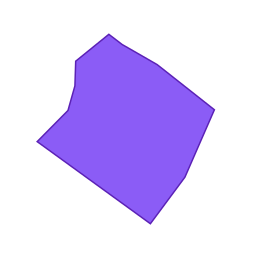 the Province of Al Farwaniyah, rotated 46°
{"feature_id": "KWT-1664", "entity_name": "Al Farwaniyah", "entity_type": "Province", "adm_level": 1, "iso_a3": "KWT", "parent_name": "Kuwait", "parent_adm1": "", "projection": "robinson", "projection_center": [47.917, 29.258], "detail": "fine", "context": "isolated", "style": "filled", "palette": "violet", "viewbox_px": 256, "rotation_deg": 46, "n_neighbors": 0, "source": "natural_earth", "source_scale": "10m", "svg_char_len": 301}
<svg xmlns="http://www.w3.org/2000/svg" viewBox="0 0 256 256"><g transform="rotate(46 128 128)"><path d="M63.9,74.2L102.6,63.0L174.9,53.2L189.7,89.2L202.9,121.2L212.4,178.4L74.7,202.8L73.7,159.0L60.8,136.9L43.6,119.2L47.3,76.7L63.9,74.2Z" fill="#8b5cf6" stroke="#5b21b6" stroke-width="1.5"/></g></svg>